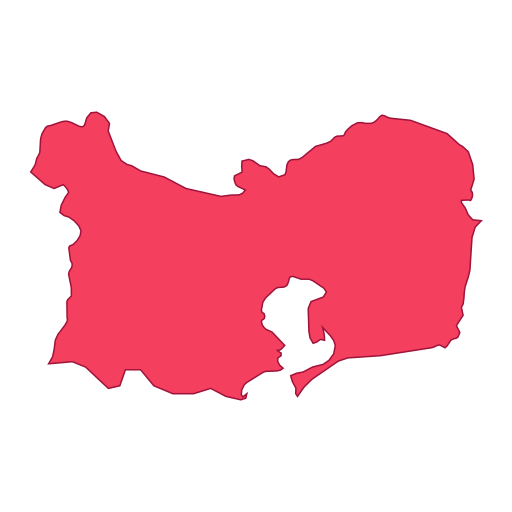 the County of Tulcea
{"feature_id": "ROU-4847", "entity_name": "Tulcea", "entity_type": "County", "adm_level": 1, "iso_a3": "ROU", "parent_name": "Romania", "parent_adm1": "", "projection": "mercator", "projection_center": [28.807, 45.066], "detail": "fine", "context": "isolated", "style": "filled", "palette": "rose", "viewbox_px": 512, "rotation_deg": 0, "n_neighbors": 0, "source": "natural_earth", "source_scale": "10m", "svg_char_len": 3227}
<svg xmlns="http://www.w3.org/2000/svg" viewBox="0 0 512 512"><path d="M96.7,112.2L104.4,116.5L109.5,123.5L108.2,131.0L116.0,151.2L121.1,160.5L127.1,164.5L131.6,165.7L140.8,171.0L164.2,177.0L186.0,188.5L221.0,196.4L230.8,195.1L239.0,194.9L242.4,193.4L245.4,190.0L237.9,186.5L236.0,184.9L234.8,182.1L234.0,178.8L234.5,175.9L242.1,172.1L241.7,166.4L242.0,161.1L248.9,159.4L253.0,160.8L259.9,165.7L265.9,166.8L269.3,169.2L273.6,173.8L278.8,176.9L284.9,174.7L286.0,172.1L286.9,164.9L288.4,161.7L290.3,160.2L292.6,159.6L298.5,159.4L302.0,157.6L315.5,146.4L326.3,143.3L330.8,141.2L334.6,137.3L336.8,136.2L343.1,135.8L344.4,134.7L345.4,132.1L347.7,129.4L351.6,125.9L357.3,122.8L361.6,122.6L365.9,123.4L371.4,123.3L373.7,122.4L376.0,120.8L378.0,118.9L379.5,116.9L382.0,115.2L384.8,115.9L387.7,117.4L390.3,118.2L410.5,120.3L447.1,133.6L459.4,144.7L462.5,146.4L468.3,151.8L472.7,164.7L474.1,179.2L470.7,190.0L472.2,192.3L472.6,195.0L472.0,197.8L470.6,200.5L468.3,200.0L461.4,200.3L461.4,202.6L465.3,208.1L468.2,214.8L472.7,219.8L481.3,220.7L475.2,227.1L472.0,237.5L469.9,270.2L468.4,276.5L465.0,287.1L464.3,292.3L463.9,298.3L463.2,303.8L461.4,307.4L463.1,315.3L456.4,325.6L459.8,332.5L458.0,337.0L455.9,338.4L453.5,338.8L450.8,340.3L447.0,346.0L445.0,347.8L439.8,345.0L437.0,345.5L434.2,346.9L431.7,347.7L380.4,355.7L347.8,357.9L338.3,361.1L311.9,379.3L304.2,386.9L297.5,396.4L295.7,393.7L295.9,388.2L292.3,381.4L290.7,375.7L296.6,373.2L302.9,372.1L312.6,367.0L323.1,364.4L329.0,360.3L333.7,353.8L335.3,345.4L333.8,340.7L330.4,335.8L322.6,327.4L324.0,333.3L324.4,336.2L324.6,340.3L320.4,339.4L316.6,342.1L313.1,343.3L310.0,337.8L308.9,331.0L308.2,308.6L311.0,301.6L323.3,297.0L326.4,292.1L324.0,288.3L312.6,280.6L309.1,279.2L301.1,279.2L292.9,276.4L290.1,276.9L289.2,278.8L288.3,282.3L286.8,285.6L283.9,287.1L278.1,287.5L275.4,288.6L265.7,297.8L262.9,302.1L261.4,309.9L261.8,312.0L264.2,313.9L264.8,316.4L264.3,318.5L263.1,319.5L261.9,320.1L261.4,321.3L262.1,324.6L264.0,327.5L266.1,329.4L272.0,332.0L284.7,345.4L281.4,349.0L279.9,350.0L277.5,350.4L280.0,352.5L281.1,353.0L281.1,355.7L277.9,357.9L277.7,361.3L279.6,365.1L283.1,368.2L280.5,370.1L277.2,370.9L265.5,371.4L262.8,372.5L246.9,382.4L244.2,384.8L241.7,390.0L241.3,394.8L243.0,396.8L246.8,393.7L245.8,398.2L240.8,399.8L225.9,396.4L210.7,388.4L193.6,393.7L172.8,393.7L153.9,385.8L140.6,369.8L125.4,369.8L119.8,385.8L108.4,388.4L97.0,377.8L85.7,367.1L72.4,361.7L48.6,363.8L52.6,356.8L54.2,349.0L55.3,340.2L57.9,334.5L65.0,325.1L67.1,321.3L67.5,319.7L67.1,318.0L66.9,301.5L67.7,299.7L71.4,296.0L71.3,287.6L68.6,274.1L69.2,271.5L71.7,267.4L72.2,265.1L71.9,262.9L71.3,261.7L70.7,261.0L70.4,260.0L68.8,247.9L69.5,246.1L73.1,244.5L77.0,240.7L80.1,235.7L81.0,230.8L78.8,225.9L74.3,220.9L68.9,217.1L64.1,215.6L59.9,212.4L61.3,205.1L65.2,197.3L68.6,192.4L67.6,189.8L66.4,187.9L65.0,186.3L63.2,184.7L54.1,188.5L45.1,184.6L30.7,172.0L34.1,166.6L35.3,164.3L36.7,158.6L37.1,157.8L39.3,153.7L39.7,152.5L39.9,151.1L40.5,140.0L41.1,136.8L42.2,133.4L45.7,127.4L47.7,126.0L50.3,125.6L61.8,121.7L64.7,121.2L67.1,121.2L71.6,122.6L79.2,126.3L82.0,126.8L83.4,126.3L84.4,125.3L85.3,122.9L85.8,120.9L86.8,117.8L90.4,113.4L90.8,112.8L96.7,112.2Z" fill="#f43f5e" stroke="#9f1239" stroke-width="1.5"/></svg>